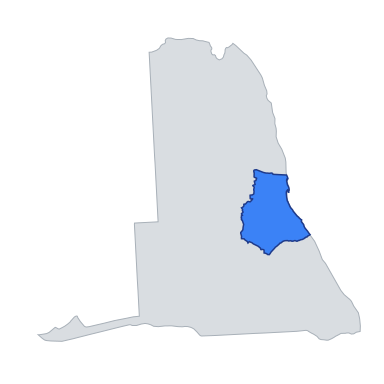 where Erongo sits in Namibia, rotated 177°
{"feature_id": "NAM-3348", "entity_name": "Erongo", "entity_type": "Region", "adm_level": 1, "iso_a3": "NAM", "parent_name": "Namibia", "parent_adm1": "", "projection": "mercator", "projection_center": [15.284, -22.15], "detail": "fine", "context": "in_parent", "style": "filled", "palette": "blue", "viewbox_px": 384, "rotation_deg": 177, "n_neighbors": 0, "source": "natural_earth", "source_scale": "10m", "svg_char_len": 6688}
<svg xmlns="http://www.w3.org/2000/svg" viewBox="0 0 384 384"><g transform="rotate(177 192 192)"><path d="M308.4,53.7L313.5,52.7L318.3,51.7L324.0,50.7L328.5,49.9L329.7,49.7L340.6,50.6L345.3,51.3L346.9,51.9L349.1,53.6L353.1,57.5L352.0,57.4L344.7,58.2L342.0,59.3L335.7,64.0L334.4,63.4L332.9,62.4L331.7,62.1L328.9,63.3L326.2,64.6L323.2,66.5L320.7,68.4L319.9,69.4L316.0,73.3L314.7,74.0L313.6,74.2L313.1,74.0L312.6,72.4L310.3,68.5L306.4,63.4L305.3,62.9L304.5,62.7L301.7,62.9L293.4,64.4L286.5,65.6L275.8,67.7L264.3,69.3L257.3,70.4L251.1,70.7L251.1,75.7L251.1,86.0L251.1,96.3L251.2,106.6L251.2,116.9L251.2,127.2L251.2,137.6L251.2,148.0L251.2,158.5L251.2,163.0L251.0,164.0L247.5,164.0L239.5,164.0L232.8,164.0L227.4,164.0L227.4,170.2L227.4,177.6L227.4,185.0L227.4,192.4L227.4,199.8L227.4,207.3L227.4,214.7L227.4,222.2L227.5,229.7L227.5,235.4L227.5,236.0L227.5,247.0L227.5,258.8L227.5,270.5L227.5,282.3L227.5,294.2L227.5,306.1L227.5,318.0L227.5,330.0L227.5,333.8L225.0,333.8L220.1,335.3L217.0,337.2L215.6,339.5L213.8,341.0L211.6,341.5L210.6,342.7L210.8,344.6L210.0,346.1L208.0,347.1L204.8,346.8L200.3,345.2L194.6,344.8L187.7,345.6L182.8,345.2L179.8,343.6L176.6,342.7L173.2,342.4L171.2,341.7L167.2,340.5L166.4,338.4L166.0,336.9L164.8,335.2L164.7,333.8L165.6,332.8L165.7,331.2L165.1,328.9L164.0,327.8L162.4,327.9L161.4,327.0L161.0,325.2L160.1,323.9L157.9,322.5L155.0,323.5L153.6,325.1L152.8,327.6L152.0,328.8L151.6,330.9L151.5,332.3L150.7,333.9L149.9,334.5L149.1,334.2L147.6,334.8L144.3,337.1L143.4,338.3L140.7,336.1L132.9,327.9L130.1,325.8L126.1,320.7L117.1,305.2L115.8,302.2L114.1,294.7L112.1,289.2L111.9,286.0L112.8,284.2L112.3,281.7L111.2,279.5L108.2,276.7L107.3,267.1L105.3,261.0L105.7,255.9L104.7,251.3L104.6,248.3L105.1,242.7L103.4,236.3L100.1,230.0L97.1,221.0L96.7,217.0L97.0,206.4L96.4,202.1L96.4,197.0L95.2,191.8L94.7,188.9L95.6,186.7L96.1,187.4L96.9,187.7L97.5,184.7L97.7,182.1L96.2,175.6L92.8,168.9L84.5,158.1L82.5,153.9L81.3,150.5L72.1,136.3L68.1,126.3L65.4,117.7L62.4,113.7L48.5,85.9L45.4,81.5L39.8,76.2L38.5,74.5L36.4,69.5L32.2,62.7L31.2,56.5L30.9,49.4L31.4,43.9L35.2,43.4L37.9,41.9L40.3,41.8L42.6,43.0L45.1,43.1L46.1,42.9L50.6,43.0L53.2,41.7L56.2,40.4L58.0,39.3L60.5,38.1L63.8,36.9L65.6,37.0L67.9,37.5L71.0,37.9L72.7,38.7L74.7,41.3L77.9,43.6L80.2,44.9L82.9,46.7L83.7,47.4L84.9,47.8L85.6,47.9L90.5,47.6L95.0,47.4L99.9,47.4L109.0,47.4L118.1,47.4L127.2,47.4L136.3,47.5L145.4,47.5L154.5,47.5L163.6,47.5L172.7,47.5L176.4,47.5L182.9,47.6L189.8,47.7L190.5,47.8L191.3,48.3L191.9,48.8L194.3,51.9L197.4,55.3L200.0,56.8L203.1,57.8L206.0,58.1L208.6,57.9L213.1,58.3L219.3,59.4L225.8,59.7L232.6,59.3L237.3,59.9L240.0,61.5L242.8,62.6L245.7,63.2L249.5,62.8L254.4,61.6L258.6,61.8L260.5,62.7L261.6,62.7L268.8,61.4L274.6,60.3L283.2,58.6L290.4,57.2L300.9,55.2L308.4,53.7Z" fill="#d9dde1" stroke="#a8b0b8" stroke-width="1"/><path d="M96.7,204.0L95.8,201.7L95.5,200.5L95.5,200.3L95.7,200.0L96.3,199.0L96.6,198.7L96.6,199.2L96.7,199.5L96.8,199.3L96.9,198.8L96.9,197.8L96.4,194.8L96.2,193.8L95.8,193.2L95.4,192.4L95.2,191.6L95.0,190.7L94.9,189.0L94.9,188.8L95.0,188.5L95.4,188.0L95.4,187.8L95.4,186.7L95.5,186.7L95.7,186.8L95.6,187.0L95.8,187.4L95.9,187.5L95.8,188.0L95.7,188.5L95.9,188.8L96.4,188.6L96.4,188.9L96.1,189.6L96.4,189.3L97.0,188.3L97.3,188.0L97.6,187.8L97.7,187.2L97.9,186.0L97.7,181.5L97.3,178.1L96.7,177.2L96.4,176.0L95.6,174.3L95.1,172.7L94.3,171.1L94.2,170.9L92.7,169.2L92.2,168.3L92.1,167.7L88.4,162.6L86.6,161.0L86.4,160.5L84.5,158.7L84.0,158.5L84.0,158.2L84.1,157.9L84.3,157.2L84.3,156.7L84.2,156.4L82.2,153.6L81.9,151.9L81.1,150.1L78.7,146.9L77.2,144.4L76.3,143.2L77.8,142.3L78.6,142.0L78.9,141.9L79.1,141.6L79.3,141.2L79.6,141.1L80.5,140.9L80.8,140.9L81.0,140.8L81.1,140.7L81.3,140.4L81.5,140.2L81.9,140.2L82.1,140.1L82.4,139.7L82.9,139.4L84.7,138.7L85.7,138.7L85.9,138.7L86.1,138.6L86.7,138.3L87.0,138.1L87.6,138.0L88.2,138.0L88.4,137.9L88.6,137.8L88.8,137.7L89.0,137.5L89.3,137.5L89.7,137.4L89.9,137.4L90.1,137.4L91.6,138.1L91.9,138.1L92.0,138.1L93.4,137.7L94.0,137.6L95.0,137.7L95.3,137.8L95.8,138.2L96.1,138.2L96.6,138.1L97.3,138.1L97.6,138.1L97.8,138.0L98.0,138.0L99.0,138.4L99.2,138.5L100.5,138.5L101.3,138.5L101.8,138.5L102.0,138.4L102.5,138.4L103.3,138.1L103.7,137.9L103.9,137.9L104.1,137.8L104.2,137.7L104.5,137.4L105.2,137.0L105.8,136.5L106.0,136.4L106.5,136.4L106.8,136.4L107.0,136.2L107.2,135.9L107.4,135.7L107.6,135.6L107.8,135.4L108.0,135.1L108.5,134.8L108.7,134.7L108.9,134.4L110.2,133.4L110.7,133.1L111.8,132.4L112.1,132.0L112.3,131.7L115.6,128.5L115.8,128.4L117.1,126.6L117.7,125.9L117.9,125.6L118.1,125.4L119.8,125.6L120.0,125.7L120.1,125.9L120.3,126.2L120.7,126.5L121.2,126.7L122.2,127.1L123.2,127.3L123.1,130.0L123.2,130.3L123.4,130.6L124.6,131.0L124.8,131.0L125.0,131.0L125.8,130.8L126.1,130.8L126.3,131.1L126.6,132.4L126.9,132.6L128.8,134.4L133.5,137.0L134.9,138.3L136.1,138.8L137.1,139.3L137.3,139.5L137.5,139.4L138.7,138.2L138.8,138.1L138.9,138.3L139.1,139.1L139.3,139.4L139.5,139.8L140.2,140.3L140.5,140.6L140.9,140.8L141.1,140.9L141.9,141.7L142.0,141.8L142.2,142.2L142.3,142.4L142.5,142.5L145.0,142.8L145.0,144.3L144.8,145.1L145.5,148.3L145.4,149.1L144.5,150.0L143.5,151.2L143.2,151.6L143.2,151.8L143.1,152.1L142.8,154.2L142.1,157.0L143.0,160.0L143.1,160.6L143.2,161.0L143.3,161.0L143.5,161.1L143.7,161.3L144.1,162.0L144.1,162.3L144.1,162.7L144.0,162.9L143.9,163.1L143.8,163.4L144.0,163.6L144.1,163.8L144.2,164.0L143.9,164.9L143.9,165.7L143.7,165.9L143.5,166.1L143.2,166.0L142.9,166.1L143.0,166.3L143.8,167.5L143.7,167.8L143.3,168.0L143.0,168.4L142.2,169.0L142.1,169.4L142.7,170.9L142.7,171.1L142.5,171.4L142.5,171.6L142.4,171.8L142.5,172.0L142.6,172.3L143.4,173.6L142.4,174.0L141.3,174.9L141.0,175.3L140.9,175.7L140.9,176.8L140.9,177.0L140.5,177.2L140.2,177.2L139.8,177.1L139.5,177.1L139.3,177.2L139.0,177.4L138.2,178.2L137.9,178.6L137.2,179.3L136.8,179.5L136.5,179.6L136.2,179.6L134.8,179.2L134.4,179.2L134.1,179.4L132.2,181.3L131.8,181.9L131.9,182.0L132.0,182.1L133.8,182.0L134.0,182.1L134.2,182.3L134.2,182.6L134.2,185.2L134.2,185.5L134.1,185.8L133.8,185.8L132.4,185.9L132.1,185.9L131.7,186.0L131.3,186.3L130.7,186.6L130.4,186.9L130.3,187.3L130.0,189.6L130.0,189.8L130.1,190.1L130.2,190.6L130.2,191.2L130.2,191.5L129.7,193.0L129.7,193.3L129.7,193.5L129.8,193.8L130.9,195.1L130.9,195.3L130.6,195.5L128.6,196.2L129.2,199.3L129.2,199.6L128.8,199.7L128.1,199.9L127.8,200.0L127.7,200.1L127.5,200.4L126.9,201.9L126.8,202.1L126.8,202.4L127.0,202.5L129.0,203.5L129.2,203.8L129.2,204.1L128.9,207.8L129.0,208.0L129.2,209.1L129.1,210.2L128.6,210.7L126.6,210.9L119.7,207.8L117.0,207.0L116.7,207.0L116.1,207.0L113.7,206.6L112.0,206.8L111.5,206.7L111.2,206.7L110.9,206.5L110.6,206.3L110.1,205.4L96.7,204.0Z" fill="#3b82f6" stroke="#1e3a8a" stroke-width="1.5"/></g></svg>